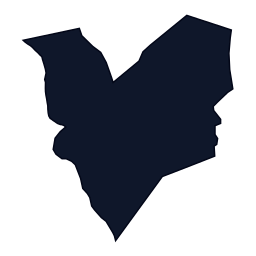 the district of Tourat/Soucis, Anse-la-Raye, Saint Lucia
{"feature_id": "8701671B19273401931572", "entity_name": "Tourat/Soucis", "entity_type": "district", "adm_level": 2, "iso_a3": "LCA", "parent_name": "Saint Lucia", "parent_adm1": "Anse-la-Raye", "projection": "equal_earth", "projection_center": [-60.999, 13.973], "detail": "fine", "context": "isolated", "style": "filled", "palette": "ink", "viewbox_px": 256, "rotation_deg": 0, "n_neighbors": 0, "source": "geoboundaries", "source_scale": "gbopen_adm2", "svg_char_len": 1083}
<svg xmlns="http://www.w3.org/2000/svg" viewBox="0 0 256 256"><path d="M186.8,15.4L150.4,45.1L143.0,51.8L139.0,61.1L113.1,82.5L111.6,77.8L106.2,62.5L100.7,52.4L92.7,46.4L81.8,35.7L79.3,28.4L23.2,40.3L24.9,41.9L27.9,44.1L30.4,45.6L32.5,47.4L35.2,50.3L37.9,52.7L40.1,55.1L41.4,56.2L42.1,57.3L42.4,58.9L42.9,60.6L44.1,64.5L45.4,69.1L46.1,73.0L44.7,79.5L45.5,82.3L45.4,88.2L45.5,91.6L46.0,95.4L46.7,99.0L47.2,102.4L47.8,105.7L47.9,109.5L48.2,112.9L48.8,115.9L50.2,118.4L51.7,119.3L53.2,120.5L55.1,121.7L56.3,122.6L57.7,123.5L60.3,124.5L62.0,124.7L64.0,125.5L65.7,127.0L60.4,131.5L55.1,138.2L53.2,149.4L56.0,154.2L62.0,158.7L66.2,158.7L71.7,161.3L75.3,164.7L80.6,178.4L82.8,188.5L87.3,193.4L89.8,197.5L91.7,206.0L94.5,209.8L101.4,217.6L106.1,221.3L112.8,232.5L114.4,235.8L115.6,240.6L162.3,176.5L194.3,164.1L214.7,156.1L214.1,146.1L216.7,144.4L217.6,138.5L215.0,134.5L215.0,125.7L220.6,123.4L220.6,119.3L213.7,110.5L213.2,106.4L217.2,102.3L227.6,92.4L232.8,88.9L229.7,69.6L228.9,53.3L230.2,38.1L231.3,30.0L197.4,18.9L186.8,15.4Z" fill="#0f172a" stroke="#020617" stroke-width="1.5"/></svg>